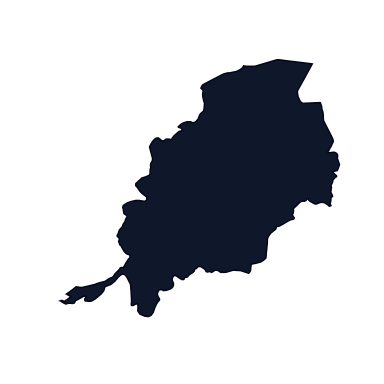 map outline of Afghanistan (Mercator projection), rotated 169°
{"feature_id": "AFG", "entity_name": "Afghanistan", "entity_type": "country or territory", "adm_level": 0, "iso_a3": "AFG", "parent_name": "Asia", "parent_adm1": "", "projection": "mercator", "projection_center": [67.565, 33.924], "detail": "fine", "context": "isolated", "style": "filled", "palette": "ink", "viewbox_px": 384, "rotation_deg": 169, "n_neighbors": 0, "source": "natural_earth", "source_scale": "50m", "svg_char_len": 4965}
<svg xmlns="http://www.w3.org/2000/svg" viewBox="0 0 384 384"><g transform="rotate(169 192 192)"><path d="M167.7,107.3L174.1,106.7L179.1,107.6L181.7,110.2L184.3,110.9L186.9,109.7L188.4,109.4L189.0,110.2L190.3,110.6L192.2,110.5L193.3,111.2L193.5,111.9L193.6,112.7L195.0,114.7L197.6,117.1L199.9,117.7L202.9,115.8L203.9,116.0L204.4,115.4L204.7,114.1L206.5,112.8L209.9,111.6L211.7,110.5L212.4,109.6L213.5,109.4L214.8,109.7L215.6,109.3L215.9,108.5L216.3,108.1L216.9,107.8L217.5,107.7L218.5,107.9L220.3,109.4L223.1,112.3L224.8,113.6L225.6,113.3L226.7,112.5L227.9,111.0L228.3,108.8L227.6,106.0L228.1,103.7L229.6,101.9L232.3,100.8L236.4,100.4L238.9,100.7L239.8,101.6L241.1,102.1L242.6,102.2L244.1,101.1L245.4,99.0L245.4,96.3L244.3,93.2L244.6,92.1L245.1,91.7L246.7,90.5L248.8,88.1L250.9,85.1L253.0,81.3L255.5,78.9L258.4,78.0L262.0,79.1L266.3,82.0L267.9,85.6L266.8,89.9L266.7,92.3L267.6,92.7L269.1,92.6L271.1,91.9L272.4,91.9L273.1,92.5L273.0,93.7L272.3,95.5L271.5,100.6L270.9,105.0L270.4,109.3L270.0,113.1L270.8,116.0L272.0,120.4L273.4,123.3L274.8,124.3L276.2,124.6L277.6,124.3L280.6,122.5L285.0,119.0L289.2,116.8L295.5,115.6L297.5,111.9L300.4,109.4L307.0,105.7L310.6,104.3L312.6,104.1L315.2,104.7L315.8,105.0L316.3,105.1L317.6,105.4L317.9,106.6L317.5,107.8L316.1,108.8L315.7,109.6L316.2,110.1L318.2,110.3L322.3,109.0L325.0,108.1L326.9,107.8L327.7,106.7L328.8,105.5L330.7,105.4L332.7,106.0L334.3,106.4L337.1,106.1L338.6,107.1L340.7,108.9L341.6,110.1L342.0,110.3L340.9,110.5L339.4,109.9L338.8,108.9L338.5,108.8L337.3,109.4L335.1,110.2L331.2,112.3L331.2,112.8L333.8,114.9L334.4,115.6L334.7,115.8L332.4,116.8L327.5,119.1L324.2,120.9L323.5,121.0L321.5,120.2L318.6,119.3L317.8,119.3L311.2,119.5L305.0,119.8L302.5,120.3L297.7,120.7L294.7,120.8L292.8,121.5L290.7,122.5L288.6,123.1L287.0,123.3L285.0,124.2L283.8,125.9L280.1,128.5L278.1,129.7L277.0,131.1L275.9,131.3L273.9,131.0L272.3,132.5L270.6,134.7L267.5,137.9L265.8,139.2L264.8,141.2L265.5,142.3L268.1,143.9L269.2,145.4L269.9,146.6L271.0,149.6L271.8,152.6L272.9,153.9L273.2,156.1L273.5,157.5L272.9,158.4L272.3,159.5L272.3,160.5L273.0,161.6L273.6,162.5L273.9,163.2L273.5,164.0L272.3,165.3L271.7,166.6L270.4,168.7L268.4,170.2L267.1,171.2L265.7,173.5L263.3,175.9L262.3,178.0L261.3,179.2L260.2,179.8L260.5,180.9L261.4,182.3L262.9,183.8L262.9,186.3L262.8,188.0L262.9,190.1L262.0,191.9L257.8,193.6L253.7,194.3L248.8,194.4L246.9,194.1L245.4,193.7L240.0,191.8L237.8,193.0L237.4,195.7L241.3,200.2L242.9,202.6L244.7,206.8L246.0,208.9L245.6,210.9L242.0,213.2L238.5,215.3L234.0,215.8L231.1,216.5L229.8,217.6L228.7,222.3L227.7,223.9L227.7,226.0L226.8,228.3L225.3,229.7L224.3,232.1L224.6,236.7L225.1,244.3L223.2,246.8L221.0,249.2L218.8,250.9L216.6,251.8L214.8,251.5L213.3,249.9L212.5,248.7L210.9,247.6L209.3,247.8L207.7,248.8L205.1,248.5L202.9,247.5L201.8,247.6L201.2,248.6L198.8,250.7L193.1,253.9L190.7,254.1L189.7,254.9L190.1,256.2L191.1,257.2L192.9,258.0L193.0,258.8L191.4,259.6L190.1,260.5L187.1,261.5L183.6,261.9L180.1,261.3L178.2,259.9L176.1,259.8L174.1,260.8L172.1,262.5L169.8,266.1L169.2,266.7L168.6,267.3L167.2,268.1L165.1,269.3L164.1,272.0L162.8,276.7L163.1,279.3L163.2,283.6L162.7,286.7L161.8,288.7L162.0,290.3L163.4,292.1L162.8,293.3L161.7,294.6L160.5,295.3L156.0,296.7L149.9,298.5L145.8,299.7L139.8,301.5L138.0,301.9L134.3,302.1L132.4,301.8L129.8,301.8L126.0,301.8L123.4,302.3L120.7,303.2L118.8,304.3L117.7,305.4L117.3,306.0L114.6,305.0L106.2,303.4L83.5,305.6L81.3,305.2L73.6,302.6L63.6,299.4L57.4,297.4L49.5,294.8L54.9,288.3L59.6,282.6L64.4,276.9L69.1,271.3L69.6,269.3L69.7,265.4L68.5,260.3L66.5,257.9L59.9,256.9L55.0,256.2L49.7,255.4L49.0,255.2L48.4,251.1L48.7,249.3L48.3,245.8L48.4,243.1L49.1,238.7L49.2,236.7L46.7,228.0L45.3,223.2L43.9,218.2L43.6,216.6L43.6,214.7L46.9,210.1L47.9,209.1L49.8,206.7L51.0,205.5L50.8,204.7L48.7,204.2L45.5,204.1L43.9,203.4L42.6,202.2L42.0,200.4L42.9,197.1L42.0,190.8L43.8,187.6L45.3,185.4L50.4,185.1L48.7,182.6L47.8,181.2L47.2,180.7L47.0,180.1L47.3,179.4L48.6,179.2L49.5,178.3L51.0,177.2L51.7,176.6L51.9,175.2L52.5,174.2L53.6,173.0L54.4,171.5L54.2,169.9L55.0,167.8L55.3,166.6L55.9,165.5L55.4,163.9L55.0,162.5L54.8,160.9L55.6,160.5L56.7,159.9L56.9,158.7L57.4,157.1L57.8,155.8L58.5,154.8L58.6,153.8L58.2,152.1L59.9,151.8L60.6,152.7L61.5,153.9L64.0,156.2L65.7,156.9L67.7,157.2L70.2,156.9L72.3,156.5L73.2,156.6L75.4,158.2L78.0,160.5L78.8,161.5L79.2,163.1L80.0,163.5L81.6,162.0L83.2,161.5L84.7,161.8L86.3,161.9L87.9,161.4L88.6,161.0L91.4,159.0L94.0,157.4L95.6,156.5L96.1,153.4L96.9,151.6L97.9,150.6L97.5,149.3L97.1,148.3L96.6,147.0L97.1,146.2L98.1,145.9L100.7,145.9L105.1,144.5L108.9,143.1L112.3,142.0L113.9,141.8L115.4,142.0L116.1,141.6L116.3,140.6L117.1,139.4L119.0,138.5L122.7,136.5L125.8,133.5L127.0,131.3L127.7,128.0L129.2,122.9L130.9,117.3L131.5,114.8L132.2,112.9L135.0,111.3L137.9,110.2L142.3,109.9L147.6,109.8L148.7,106.8L149.4,104.2L150.2,102.8L151.5,101.7L152.0,101.5L154.8,103.1L159.1,105.5L164.1,106.8L166.7,107.4L167.7,107.3Z" fill="#0f172a" stroke="#020617" stroke-width="1.5"/></g></svg>